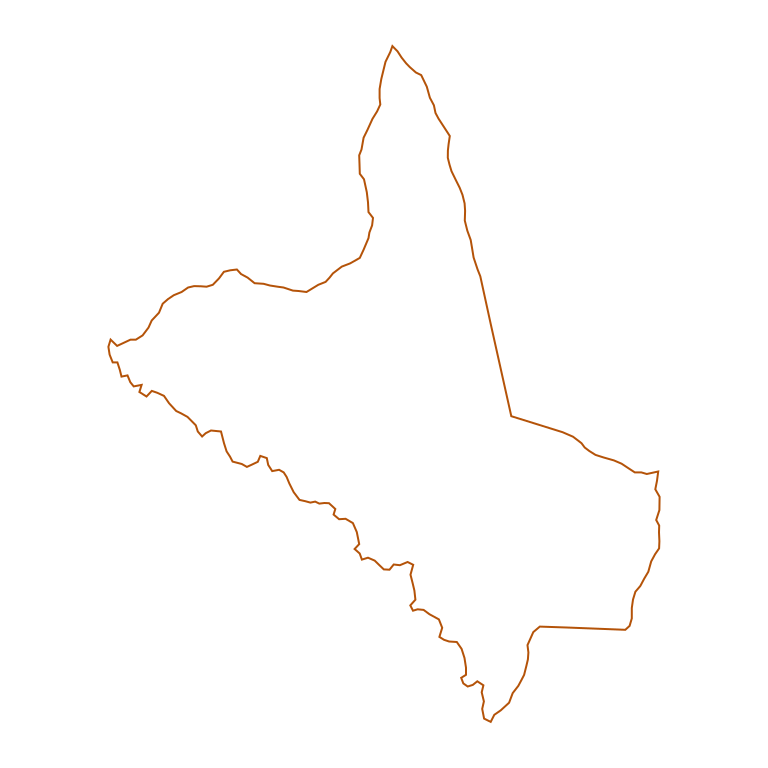 the district of Jaguapitã, Paraná, Brazil
{"feature_id": "56859067B47471443694247", "entity_name": "Jaguapitã", "entity_type": "district", "adm_level": 2, "iso_a3": "BRA", "parent_name": "Brazil", "parent_adm1": "Paraná", "projection": "equal_earth", "projection_center": [-51.575, -23.05], "detail": "fine", "context": "isolated", "style": "outline", "palette": "amber", "viewbox_px": 768, "rotation_deg": 0, "n_neighbors": 0, "source": "geoboundaries", "source_scale": "gbopen_adm2", "svg_char_len": 3017}
<svg xmlns="http://www.w3.org/2000/svg" viewBox="0 0 768 768"><path d="M354.6,549.0L359.7,553.5L361.9,559.6L368.0,557.7L374.7,560.6L379.0,564.8L383.8,569.4L389.5,569.7L393.7,564.5L399.9,565.2L407.6,562.0L413.2,564.8L410.5,574.7L412.7,583.4L414.4,590.6L415.4,599.7L410.3,605.4L413.0,610.7L417.6,609.3L423.6,609.9L429.4,614.2L438.9,619.4L442.2,627.8L439.4,636.9L444.0,639.8L449.1,641.5L456.8,642.0L461.6,648.9L464.5,658.0L466.0,667.7L466.0,674.8L461.2,677.8L463.3,683.4L467.7,686.5L472.8,684.9L477.3,681.3L483.4,685.3L481.7,692.3L483.9,701.4L482.2,708.9L484.1,718.6L490.7,721.9L494.3,714.8L500.8,710.3L504.4,707.0L509.1,702.7L512.7,693.1L518.3,685.9L521.4,680.1L524.1,674.9L526.4,665.8L527.9,659.4L528.4,652.5L527.5,645.1L533.3,632.1L539.8,626.6L566.6,627.5L625.3,629.8L629.6,625.9L631.8,618.4L631.8,608.0L633.0,599.6L635.4,591.7L640.3,586.0L644.3,578.5L648.3,571.8L651.2,561.4L655.1,554.2L659.1,548.4L659.4,541.2L659.0,532.4L659.2,525.6L656.2,520.0L659.4,510.1L659.6,496.8L655.3,489.3L657.0,480.8L658.2,471.5L646.8,474.0L641.3,472.4L634.8,472.4L628.4,468.2L621.6,463.7L613.9,460.4L603.7,457.5L595.5,454.9L589.3,451.0L584.7,447.5L581.5,443.2L573.0,436.7L562.6,432.2L511.3,416.2L490.9,324.8L480.3,276.3L477.6,269.5L473.6,257.5L471.9,247.1L470.7,240.0L467.3,230.6L464.8,220.6L465.1,210.8L464.6,203.4L462.5,194.9L459.7,187.8L455.6,179.6L451.5,171.2L449.5,164.6L447.8,157.8L447.9,150.5L448.6,144.1L449.8,136.0L438.5,118.6L435.5,113.0L433.9,105.3L429.9,97.8L426.8,86.7L421.2,75.1L415.9,72.5L409.9,67.2L406.2,63.4L401.6,57.6L397.5,51.3L392.4,46.1L390.3,52.0L385.5,61.8L381.3,79.0L379.6,89.0L379.6,98.1L380.3,104.5L377.1,111.4L372.5,118.8L367.5,129.8L363.6,137.7L361.5,149.5L359.2,155.3L359.5,164.0L359.8,173.8L364.0,179.3L366.8,192.2L368.0,202.3L368.5,212.1L373.0,217.9L372.1,225.4L369.4,232.5L368.5,238.1L363.6,249.7L359.8,257.9L350.1,263.4L341.8,266.6L332.9,273.4L329.5,277.7L325.6,281.9L318.3,284.8L306.5,292.0L298.5,291.0L292.9,290.6L283.5,287.5L277.6,286.7L269.9,285.5L263.6,283.8L254.6,283.2L247.6,277.6L241.1,274.1L236.9,269.5L230.2,270.3L223.9,271.8L219.0,278.4L212.8,284.8L206.6,286.7L201.1,286.3L194.1,286.1L188.1,287.5L181.6,292.0L173.8,295.2L168.0,299.1L162.7,303.7L159.0,312.7L151.7,320.5L148.5,327.6L142.6,335.4L135.8,339.7L130.4,339.7L122.7,343.3L117.1,345.9L110.6,339.6L108.4,346.8L109.6,354.6L112.7,362.4L117.4,362.4L119.8,369.8L121.5,376.6L127.5,375.4L130.3,382.2L133.7,386.4L141.6,384.9L139.4,392.0L146.5,396.5L151.8,390.9L157.3,392.8L164.0,395.9L169.1,403.3L176.2,411.0L181.0,413.3L187.5,416.9L195.8,425.3L197.8,431.5L202.1,436.5L205.7,433.2L211.0,430.5L221.0,431.5L224.0,443.2L226.6,451.4L230.0,456.6L232.6,461.6L241.8,464.0L246.9,466.9L251.3,464.9L257.8,461.8L260.3,455.9L266.8,458.1L268.2,464.9L272.2,471.1L279.1,469.8L283.7,472.4L286.6,476.9L289.3,483.4L293.7,492.2L299.5,499.9L305.3,501.2L310.4,502.6L315.2,501.6L319.3,503.6L324.4,503.0L329.0,503.2L335.3,509.0L333.6,514.6L339.1,519.2L345.6,518.8L352.9,523.1L356.8,532.1L359.2,544.1L354.6,549.0Z" fill="none" stroke="#b45309" stroke-width="2"/></svg>